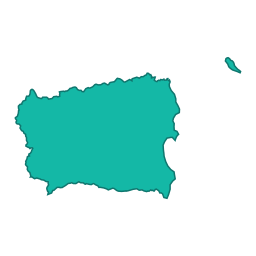 Ponce, Puerto Rico (orthographic projection), rotated 270°
{"feature_id": "32010507B29369551718499", "entity_name": "Ponce", "entity_type": "district", "adm_level": 2, "iso_a3": "PRI", "parent_name": "Puerto Rico", "parent_adm1": "", "projection": "orthographic", "projection_center": [-66.606, 18.028], "detail": "fine", "context": "isolated", "style": "filled", "palette": "teal", "viewbox_px": 256, "rotation_deg": 270, "n_neighbors": 0, "source": "geoboundaries", "source_scale": "gbopen_adm2", "svg_char_len": 3890}
<svg xmlns="http://www.w3.org/2000/svg" viewBox="0 0 256 256"><g transform="rotate(270 128 128)"><path d="M79.0,30.4L79.0,32.0L77.3,34.5L77.7,35.9L78.0,36.7L76.9,40.4L76.3,41.2L75.9,43.8L74.5,46.0L74.2,48.2L72.3,48.2L71.1,48.6L68.6,47.0L67.2,46.8L64.7,47.6L64.0,48.5L61.5,47.8L63.0,51.6L65.5,52.7L65.7,53.9L68.6,57.1L68.7,59.3L68.3,60.0L68.5,62.2L70.7,65.8L72.5,68.1L72.8,70.4L73.3,71.7L72.5,73.3L72.4,75.8L74.3,78.9L73.3,80.4L73.1,83.5L72.1,84.5L71.8,85.6L72.4,86.3L71.6,89.5L71.4,91.3L72.4,93.1L72.2,94.2L71.3,95.4L70.2,97.9L68.6,98.9L68.7,100.1L68.1,103.7L67.1,106.6L66.1,108.3L67.8,112.7L67.6,113.6L67.5,114.1L65.6,116.6L64.9,118.2L64.6,121.5L64.9,124.6L65.2,126.0L65.0,126.3L64.9,126.3L65.2,128.0L66.7,133.1L67.2,136.5L67.1,137.1L65.8,139.2L66.1,142.1L65.1,143.9L64.4,146.7L64.9,147.8L64.8,149.1L66.1,150.8L65.4,152.0L65.8,152.8L65.2,153.7L65.0,153.8L64.9,154.0L65.0,154.3L65.9,154.9L66.5,155.1L66.9,156.3L65.3,158.7L63.0,159.9L63.1,161.3L62.1,162.6L58.5,163.9L57.7,167.0L61.9,168.7L62.0,168.7L66.7,170.1L68.1,170.1L70.1,170.1L71.3,170.1L74.4,172.3L74.7,172.4L77.1,175.2L81.7,174.4L83.2,174.2L84.2,174.0L84.6,173.4L85.3,172.4L86.0,171.4L86.5,170.7L90.0,167.8L94.4,165.7L99.7,164.1L103.1,163.8L104.4,163.6L106.2,163.4L109.6,163.2L110.8,163.1L113.5,164.2L114.5,164.7L117.9,167.0L118.5,170.3L118.6,170.7L118.6,172.4L118.3,172.6L115.6,175.1L116.0,175.2L118.6,176.2L119.0,176.4L119.6,176.7L120.8,177.7L121.7,178.6L124.2,177.2L124.6,177.0L125.7,174.4L125.8,174.2L126.2,174.2L129.5,174.0L130.9,174.1L131.4,174.1L132.3,174.2L133.1,173.8L135.1,172.8L138.0,173.5L139.1,174.2L141.5,175.6L143.4,179.3L146.8,179.5L149.9,178.1L150.7,177.7L154.0,175.8L157.2,175.8L161.8,174.4L162.2,174.0L165.5,171.2L169.4,169.4L171.8,169.2L174.1,170.1L175.7,169.6L175.9,169.5L175.2,169.0L176.3,167.7L177.4,167.9L177.4,167.2L175.9,166.3L175.9,164.3L176.9,163.9L176.1,162.4L176.5,160.7L175.4,159.9L175.8,158.8L175.2,157.5L174.5,157.1L174.5,156.2L175.7,154.3L178.9,155.2L178.9,154.3L178.3,152.7L178.9,152.2L178.3,151.5L180.1,151.4L181.4,150.7L181.2,149.8L182.6,148.6L182.8,147.2L181.0,146.2L180.7,145.1L179.3,143.2L179.3,141.2L177.8,139.4L178.8,136.8L177.4,132.6L176.9,131.9L176.3,131.9L175.2,131.9L176.5,129.7L174.0,125.1L174.0,124.0L176.0,121.8L177.2,119.8L177.4,118.6L177.7,117.4L177.4,117.0L174.3,114.4L173.5,110.2L172.7,109.3L171.5,108.8L171.1,107.7L172.9,104.6L172.6,103.0L171.2,100.8L171.1,98.2L171.8,96.0L171.3,94.8L169.2,92.7L168.1,90.3L167.9,89.2L168.4,88.2L167.3,85.8L164.3,83.7L164.4,82.1L165.7,81.0L165.6,79.2L166.5,77.5L168.4,76.3L169.0,75.0L168.6,72.9L167.8,71.4L167.6,70.0L166.3,68.9L165.1,67.4L164.9,65.5L164.4,64.8L164.8,63.6L164.5,61.4L164.5,61.0L164.1,59.4L162.4,59.9L161.6,59.6L159.7,59.7L159.1,57.7L159.7,56.8L159.3,53.7L157.5,52.1L156.9,48.5L157.9,47.9L158.8,46.7L158.8,42.7L157.5,41.7L157.5,40.9L158.4,37.9L159.3,36.9L162.1,35.7L165.1,34.0L166.3,32.9L166.7,32.0L166.2,31.0L165.2,30.3L162.5,30.1L161.0,29.6L159.8,28.7L159.8,26.6L157.5,25.8L155.9,25.7L154.9,23.1L152.9,21.9L151.9,21.8L151.7,20.1L149.9,18.4L147.7,18.5L146.0,19.1L145.6,18.6L142.6,18.3L139.6,17.3L138.4,15.4L137.4,15.4L137.2,15.5L136.2,16.5L135.0,16.6L134.0,16.0L133.0,16.2L132.1,17.1L131.9,19.1L130.1,20.7L128.0,20.0L125.4,21.6L124.6,23.3L122.7,24.0L121.7,25.6L119.8,25.7L118.5,26.5L115.6,26.5L113.4,27.6L112.1,27.2L111.1,26.0L109.9,25.9L108.7,28.1L108.6,28.9L107.4,30.0L108.1,30.6L108.2,32.3L107.7,32.8L105.5,31.7L104.1,31.3L102.4,30.1L102.3,29.2L100.9,28.7L100.1,29.4L99.3,27.4L97.0,26.9L94.6,25.7L93.7,26.0L91.8,25.5L90.8,25.9L89.2,27.5L86.5,27.3L84.6,28.4L83.6,29.8L79.7,30.9L79.0,30.4ZM183.2,240.1L183.4,240.2L184.5,240.6L185.5,239.5L186.8,237.6L188.9,235.7L190.5,234.4L191.8,234.2L193.7,233.5L195.1,232.3L195.7,230.7L197.4,229.5L198.3,228.1L198.1,227.1L197.4,226.0L195.0,225.4L191.9,227.8L191.6,227.9L189.2,228.8L187.6,230.4L186.1,232.5L184.4,237.4L183.2,240.1Z" fill="#14b8a6" stroke="#0f766e" stroke-width="1.5"/></g></svg>